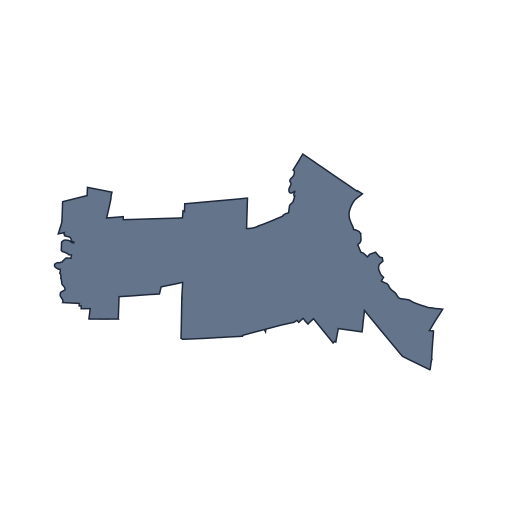 outline of Mircea Voda, Braila, Romania, rotated 108°
{"feature_id": "2599482B59099327438734", "entity_name": "Mircea Voda", "entity_type": "district", "adm_level": 2, "iso_a3": "ROU", "parent_name": "Romania", "parent_adm1": "Braila", "projection": "equal_earth", "projection_center": [27.401, 45.112], "detail": "fine", "context": "isolated", "style": "filled", "palette": "slate", "viewbox_px": 512, "rotation_deg": 108, "n_neighbors": 0, "source": "geoboundaries", "source_scale": "gbopen_adm2", "svg_char_len": 5894}
<svg xmlns="http://www.w3.org/2000/svg" viewBox="0 0 512 512"><g transform="rotate(108 256 256)"><path d="M144.6,243.0L149.5,244.1L157.9,246.1L162.8,247.3L163.0,246.4L163.3,246.0L164.4,245.5L165.5,245.1L166.7,245.0L167.9,245.1L169.2,245.5L170.4,246.1L172.0,246.9L173.3,247.2L174.3,247.0L175.1,246.2L175.7,245.4L176.6,245.0L177.8,244.9L179.4,245.1L181.4,245.4L182.8,245.2L184.3,244.6L184.7,244.3L185.3,243.5L185.4,242.2L184.6,241.0L182.6,239.2L183.0,239.0L185.9,239.1L187.5,238.0L187.3,237.6L193.1,237.5L196.0,239.0L196.4,239.4L198.2,239.6L204.3,238.5L204.9,238.4L206.6,240.9L208.6,242.6L208.9,242.8L209.5,243.0L210.0,243.0L211.4,244.7L214.7,248.6L215.1,248.9L216.9,251.0L221.0,255.9L223.2,258.5L226.9,263.4L227.2,263.3L229.2,265.9L230.7,268.3L232.0,271.2L232.8,273.5L232.3,273.6L216.6,278.2L205.3,281.5L203.6,282.0L203.7,282.4L207.5,291.0L211.3,299.9L212.8,303.4L214.4,307.2L216.4,311.9L228.2,339.5L228.3,339.9L235.8,337.8L235.6,339.4L242.4,337.7L243.9,341.5L251.3,362.3L256.5,376.7L262.5,393.5L259.6,394.4L266.0,409.8L257.7,410.5L249.5,411.3L246.0,411.7L245.0,412.1L241.6,412.6L239.8,412.7L240.3,416.8L242.8,437.5L245.4,436.8L250.7,435.3L258.9,448.4L264.1,456.7L277.6,452.8L283.8,451.1L287.3,451.0L291.7,451.0L294.1,450.9L296.1,450.9L293.0,445.6L293.6,445.6L294.0,445.6L294.3,445.4L294.6,445.3L294.7,445.1L294.8,444.9L294.9,444.6L294.9,444.4L295.9,444.3L295.8,441.8L295.7,440.6L295.6,440.0L295.6,439.4L295.6,439.1L295.8,438.8L295.9,438.5L296.1,438.1L296.7,437.3L298.3,436.4L299.0,435.4L299.1,434.5L299.1,434.4L299.0,433.5L299.8,433.4L300.1,434.8L300.1,435.4L300.0,435.7L299.9,436.0L299.8,436.3L299.6,436.7L299.3,437.5L299.1,438.2L299.1,438.8L299.1,439.1L299.2,439.8L299.4,440.7L299.6,441.6L299.8,442.4L300.1,443.1L300.4,443.5L300.8,443.9L301.2,444.2L302.0,444.7L302.4,445.0L302.9,445.1L303.3,445.1L305.3,444.5L306.3,444.2L306.9,444.0L308.2,443.7L309.2,443.4L309.6,443.3L310.4,443.2L310.7,443.1L310.8,442.9L311.1,442.5L311.4,442.1L311.5,441.7L311.6,441.3L311.6,441.0L311.6,440.6L311.6,439.9L311.6,438.8L311.7,437.8L311.9,436.5L311.9,436.1L312.0,435.8L312.2,435.4L312.4,435.1L312.7,434.8L312.1,431.8L315.4,431.3L315.6,432.7L315.8,433.4L315.9,433.5L316.0,433.6L316.1,433.8L316.1,434.3L316.2,434.7L316.4,435.5L316.5,435.8L316.7,436.0L317.0,436.3L317.6,436.6L318.7,437.2L319.0,437.3L319.6,437.8L320.3,438.1L320.5,438.2L320.8,438.2L321.1,438.2L321.3,438.3L321.7,438.5L321.8,438.7L322.1,439.4L322.4,440.0L322.7,440.1L322.9,440.3L323.0,440.6L323.5,442.0L323.7,442.7L324.0,443.2L324.5,443.7L325.2,444.3L326.0,444.9L326.9,444.9L327.3,444.7L328.0,444.3L328.4,443.8L328.6,443.6L328.7,443.4L329.5,440.7L329.6,440.1L329.5,439.3L329.1,438.2L331.2,437.3L332.2,437.4L333.0,437.3L333.5,436.6L334.1,436.0L334.6,435.7L335.3,435.5L335.7,435.2L336.0,435.0L336.7,435.0L337.4,434.8L337.8,434.6L338.2,434.2L338.8,433.7L339.9,433.2L340.6,432.9L341.8,432.4L342.4,432.0L342.7,431.8L343.2,431.2L343.6,430.5L344.4,429.2L345.0,428.4L345.7,427.8L346.6,427.4L347.5,427.3L348.3,428.2L350.7,430.4L351.3,430.5L352.0,430.6L352.9,430.4L353.4,430.2L354.2,429.9L354.8,429.4L355.3,428.9L357.5,426.2L359.7,425.3L360.0,425.4L355.7,409.3L358.1,408.8L357.5,406.8L360.2,406.0L357.3,397.4L367.4,395.5L367.2,394.9L367.4,394.8L367.3,394.3L367.2,394.1L367.0,393.6L363.1,381.4L360.6,373.8L358.5,367.4L358.4,367.5L346.0,371.1L345.9,371.1L337.0,373.7L332.4,362.0L330.8,358.1L329.4,354.7L327.4,349.8L325.5,345.2L324.0,341.2L322.6,337.7L322.0,336.1L314.7,336.7L312.9,333.6L311.0,330.2L309.2,327.0L307.2,323.5L304.0,318.1L303.8,317.6L313.9,314.9L317.1,314.1L319.1,313.5L319.0,313.3L319.7,313.1L319.8,313.3L338.8,307.5L343.4,306.1L349.0,304.4L352.8,303.3L356.7,302.1L357.5,301.9L357.9,300.1L356.6,296.6L355.3,293.0L352.8,286.3L351.4,282.6L350.2,279.3L348.4,274.8L347.0,271.1L345.5,267.5L344.2,263.8L342.6,260.0L341.3,256.5L339.7,252.3L338.4,248.9L336.5,244.0L335.6,244.2L328.1,232.7L323.4,225.4L325.2,223.5L322.5,224.0L321.1,221.8L314.1,211.0L307.3,199.4L305.6,198.0L304.6,197.2L305.9,194.8L304.7,194.2L300.8,192.0L301.1,191.3L301.9,190.2L302.3,189.5L302.6,189.3L304.7,185.5L304.0,185.3L297.9,181.9L300.4,178.1L302.7,174.5L306.2,169.2L310.3,162.8L312.5,159.4L314.9,155.8L312.8,154.7L313.1,154.1L313.2,153.5L308.9,154.1L305.0,154.6L299.6,155.3L299.0,151.8L298.2,147.3L296.9,140.2L296.2,135.9L295.4,131.7L290.2,132.7L285.8,133.7L281.2,134.6L276.7,135.5L274.3,136.0L274.9,135.0L277.4,131.2L282.1,123.8L284.6,119.9L287.6,115.2L290.7,110.3L292.9,106.7L295.4,102.8L298.2,98.4L300.5,94.7L303.8,89.6L305.9,86.1L306.2,85.5L307.0,80.3L307.6,76.2L308.3,70.9L308.9,66.8L309.5,62.6L310.1,57.9L310.5,55.5L310.2,55.3L305.3,56.2L300.9,56.9L300.0,56.7L299.7,56.8L299.1,57.3L292.1,59.2L281.5,61.8L272.7,63.9L272.5,64.0L272.4,64.3L272.5,64.6L272.5,64.9L272.9,65.2L273.0,65.5L273.1,67.5L273.3,68.0L269.0,67.0L260.9,65.1L251.8,62.7L248.9,62.0L249.1,63.1L249.4,64.8L249.8,66.3L250.3,68.2L250.6,69.4L250.7,70.5L250.9,72.5L251.3,73.9L251.8,76.4L251.7,79.6L251.8,83.1L251.7,87.3L251.5,91.6L251.2,93.6L250.5,96.5L250.6,98.1L251.0,100.6L251.9,105.4L251.7,107.3L251.0,108.4L249.7,110.0L248.5,111.4L247.7,112.9L247.1,114.6L246.6,116.1L246.1,117.2L245.0,118.9L244.4,119.7L243.0,120.8L241.8,123.0L241.7,125.0L241.2,129.1L239.4,128.7L236.8,128.1L235.9,130.1L235.0,131.7L231.9,134.3L230.8,135.2L229.3,135.8L227.7,136.1L226.0,136.2L221.7,133.7L218.6,135.4L218.8,137.7L218.8,137.9L216.8,141.4L215.4,143.4L219.3,148.5L222.4,149.7L220.2,154.5L220.0,156.1L220.0,157.5L214.7,161.9L213.8,162.7L213.5,162.7L211.9,161.5L210.6,161.1L209.8,161.0L208.1,161.1L207.7,161.3L205.9,162.0L203.5,163.0L202.3,163.2L201.8,164.3L200.8,165.6L200.3,170.1L200.8,171.3L198.4,172.7L195.6,175.4L192.9,177.6L190.9,179.0L188.8,180.0L185.4,181.0L181.8,181.1L179.0,180.9L176.3,180.5L172.3,179.4L169.1,177.5L167.5,176.3L164.0,174.0L162.5,179.8L163.2,179.9L160.5,188.8L158.7,194.9L156.7,202.0L153.6,212.3L151.4,219.7L149.6,226.1L148.9,228.2L144.6,243.0Z" fill="#64748b" stroke="#1e293b" stroke-width="1.5"/></g></svg>